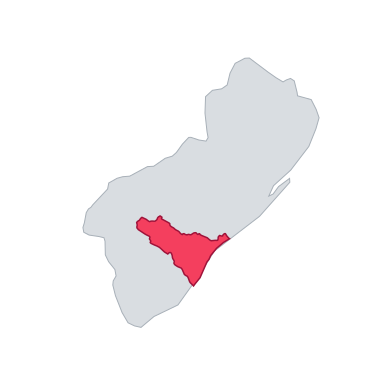 where La Libertad sits in El Salvador, rotated 294°
{"feature_id": "SLV-1346", "entity_name": "La Libertad", "entity_type": "Department", "adm_level": 1, "iso_a3": "SLV", "parent_name": "El Salvador", "parent_adm1": "", "projection": "robinson", "projection_center": [-89.306, 13.743], "detail": "fine", "context": "in_parent", "style": "filled", "palette": "rose", "viewbox_px": 384, "rotation_deg": 294, "n_neighbors": 0, "source": "natural_earth", "source_scale": "10m", "svg_char_len": 3556}
<svg xmlns="http://www.w3.org/2000/svg" viewBox="0 0 384 384"><g transform="rotate(294 192 192)"><path d="M136.9,105.9L140.0,106.6L160.4,113.7L166.4,112.3L174.1,118.0L177.8,122.5L181.1,128.6L197.1,141.0L199.9,146.5L211.9,153.8L216.7,159.4L221.8,161.7L231.9,163.8L240.5,166.8L241.5,168.8L242.3,177.1L244.2,184.1L248.2,184.6L253.2,181.2L269.3,171.8L284.6,165.6L293.2,169.3L298.3,177.1L304.1,180.6L316.1,178.4L327.1,179.1L335.7,185.9L337.7,189.9L332.5,212.5L330.6,222.2L329.6,230.4L332.7,232.6L335.8,235.8L335.1,240.2L325.7,247.5L322.8,249.3L324.9,263.3L318.0,271.8L311.5,277.9L300.2,279.5L281.1,280.2L252.2,273.3L230.9,263.9L219.5,263.8L223.1,266.9L232.2,268.9L244.1,275.6L240.7,277.4L197.3,263.6L147.3,236.5L117.3,232.1L83.1,225.1L62.8,207.9L47.6,200.5L46.3,194.0L46.5,186.8L53.4,177.2L66.2,164.2L74.8,157.5L78.7,156.2L84.4,156.8L89.8,153.1L94.4,144.2L99.3,138.4L111.6,132.6L114.4,130.2L113.5,125.2L110.8,115.5L111.2,109.5L115.2,106.8L120.1,106.2L130.1,103.8L134.4,104.3L136.9,105.9Z" fill="#d9dde1" stroke="#a8b0b8" stroke-width="1"/><path d="M164.6,245.3L158.7,241.3L150.5,237.3L141.5,234.9L137.3,234.9L134.2,234.1L116.9,234.2L109.5,232.2L106.8,231.6L107.2,230.7L108.4,227.4L109.1,226.3L112.2,223.3L112.7,222.6L113.1,222.0L113.2,220.3L113.4,219.2L113.7,218.5L114.0,218.0L114.3,217.8L114.5,217.6L117.2,214.6L117.8,213.7L118.1,213.0L118.1,212.6L118.0,209.5L118.2,207.9L118.5,206.2L118.8,205.5L119.1,205.0L119.3,204.7L119.8,204.4L120.1,204.3L120.9,204.2L121.4,204.0L121.9,203.6L123.3,201.6L124.0,200.9L125.8,199.8L126.6,199.1L127.4,198.3L127.8,197.7L127.9,197.2L127.9,196.8L127.8,196.5L127.6,196.2L127.4,196.0L127.1,195.8L126.8,195.6L125.5,195.1L126.0,191.3L128.2,184.8L128.4,181.8L128.3,179.3L128.4,175.6L128.6,174.8L128.8,174.5L129.0,174.3L129.3,174.3L129.7,174.3L130.0,174.4L130.3,174.3L130.7,174.0L131.7,172.3L131.9,172.2L132.3,172.1L132.7,172.1L133.1,172.1L133.8,171.8L134.0,171.4L134.2,171.0L134.3,168.3L134.3,167.9L134.5,165.9L135.8,158.2L136.4,157.2L136.8,156.3L137.8,155.8L139.2,155.5L140.3,154.9L141.5,153.9L142.8,154.1L145.0,155.5L147.0,155.8L147.4,156.0L148.5,156.6L148.4,161.3L147.7,164.2L147.7,165.0L147.8,165.5L148.5,166.1L148.8,166.6L149.2,167.3L149.8,168.9L150.1,169.7L150.5,170.2L151.0,170.5L151.6,170.8L152.6,171.2L152.9,171.2L154.0,171.1L154.4,171.1L154.8,171.2L155.1,171.3L155.5,171.4L155.9,171.6L156.3,172.1L157.0,172.4L157.1,172.7L157.2,173.0L156.9,173.9L156.7,174.7L156.7,174.8L155.7,174.9L155.3,175.0L155.1,175.2L155.0,175.7L154.4,183.4L154.2,184.2L154.1,184.5L153.8,184.7L153.2,185.0L152.9,185.2L152.7,185.4L152.3,185.9L152.1,186.6L151.9,187.2L151.7,189.7L151.4,190.7L151.0,191.8L150.8,193.1L150.7,195.3L150.6,195.9L150.5,196.2L149.6,198.0L149.1,199.7L149.1,200.3L149.3,200.6L149.7,200.7L150.1,200.7L150.7,201.6L150.5,203.0L150.6,204.3L150.8,204.6L150.9,204.9L151.1,205.2L151.6,205.6L151.8,205.9L152.0,206.4L152.2,207.5L152.4,208.1L152.6,208.5L152.9,208.7L154.6,209.8L154.8,209.9L155.4,210.4L156.2,211.6L156.3,212.2L156.3,212.6L155.9,213.4L155.6,214.2L155.6,214.6L155.9,214.9L156.8,215.4L156.9,215.8L156.9,216.1L156.7,216.3L156.4,216.6L156.3,217.4L156.2,218.7L156.4,224.4L156.3,224.9L155.6,227.1L155.3,228.2L155.3,228.9L155.3,229.4L157.3,232.9L158.0,234.6L158.2,234.9L158.4,235.0L158.8,235.1L159.2,235.0L159.9,234.9L161.1,234.4L161.9,234.3L162.3,234.4L162.6,234.5L163.5,234.9L163.9,237.2L164.3,237.8L164.6,237.7L165.1,237.8L165.8,237.9L167.0,238.5L167.4,239.0L167.5,239.4L167.2,240.0L166.6,240.8L166.4,241.1L166.2,241.3L165.3,243.2L164.9,244.0L164.6,245.3L164.6,245.3Z" fill="#f43f5e" stroke="#9f1239" stroke-width="1.5"/></g></svg>